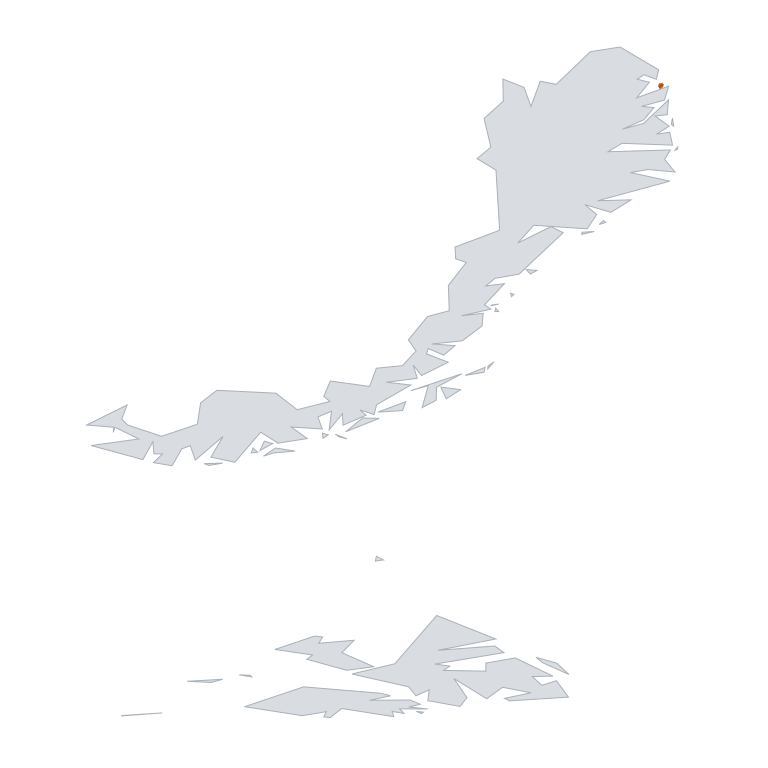 Bokn nor, Rogaland, Norway (highlighted), rotated 179°
{"feature_id": "86288312B12151058165586", "entity_name": "Bokn nor", "entity_type": "district", "adm_level": 2, "iso_a3": "NOR", "parent_name": "Norway", "parent_adm1": "Rogaland", "projection": "robinson", "projection_center": [5.436, 59.216], "detail": "fine", "context": "in_parent", "style": "filled", "palette": "amber", "viewbox_px": 768, "rotation_deg": 179, "n_neighbors": 0, "source": "geoboundaries", "source_scale": "gbopen_adm2", "svg_char_len": 5599}
<svg xmlns="http://www.w3.org/2000/svg" viewBox="0 0 768 768"><g transform="rotate(179 384 384)"><path d="M471.2,359.8L438.4,367.5L444.4,372.8L437.6,387.9L398.4,381.8L391.4,399.9L365.3,402.0L351.4,416.4L358.9,427.7L339.3,450.7L317.5,456.1L317.9,481.5L299.6,504.1L310.1,507.9L310.6,519.7L265.7,535.7L268.3,595.9L287.0,607.7L273.0,618.9L279.3,647.7L259.8,664.7L259.8,686.8L238.9,678.2L232.2,658.9L222.5,684.0L206.6,680.6L171.8,712.7L142.1,716.8L104.0,693.4L106.4,683.9L118.8,688.7L125.5,684.3L113.4,681.1L126.4,665.7L94.2,676.8L98.6,663.0L121.6,657.1L109.3,655.7L119.6,643.6L141.0,634.7L119.9,640.0L94.6,663.1L96.1,648.3L108.3,647.2L94.4,636.8L107.2,629.0L93.9,630.7L91.3,617.8L141.9,620.5L155.9,612.3L93.7,613.0L99.5,603.5L89.4,590.9L116.3,593.8L133.9,591.1L94.7,581.8L167.1,563.5L133.8,563.8L154.1,551.7L180.0,559.8L168.4,549.7L178.2,535.6L231.5,540.1L247.7,522.7L214.3,538.4L202.2,532.2L247.0,491.5L271.2,487.7L280.5,480.3L261.9,482.2L282.1,461.4L275.9,457.0L305.1,450.9L283.6,453.0L284.9,440.4L305.0,425.8L335.4,423.2L312.4,421.1L323.8,411.8L339.2,418.7L341.0,413.4L319.5,404.6L346.4,391.8L354.4,402.4L350.7,389.1L381.5,385.7L357.2,382.5L391.8,363.4L394.4,353.7L408.6,358.5L402.4,353.1L425.7,343.5L426.0,355.1L439.6,339.2L437.0,357.7L450.7,352.2L446.5,340.1L477.5,342.6L461.7,330.8L491.0,326.7L508.1,338.0L534.5,308.4L558.3,313.9L545.8,334.4L574.0,311.2L578.8,325.7L587.3,322.7L597.3,306.0L615.9,309.4L606.7,317.9L615.2,318.2L616.1,330.3L626.4,312.6L678.0,327.6L630.1,333.3L653.4,345.3L682.0,348.2L641.2,367.5L646.9,353.6L641.3,347.6L607.3,335.6L571.3,347.0L567.7,368.4L551.2,380.6L492.3,376.7L471.2,359.8ZM313.6,60.3L345.7,66.6L344.1,77.5L357.6,71.7L364.6,80.8L421.1,94.6L378.0,104.1L335.3,151.6L276.7,127.1L334.8,116.8L277.8,120.1L268.8,113.3L338.0,103.1L323.1,100.8L329.3,96.6L287.1,95.1L287.0,103.2L257.5,107.8L220.2,89.0L240.8,88.9L231.6,80.0L216.7,84.3L205.1,67.7L264.1,65.0L268.9,67.6L242.4,72.7L270.8,78.7L286.8,67.5L319.3,88.3L306.5,69.0L313.6,60.3ZM380.0,51.2L432.0,60.3L443.7,51.3L450.0,52.3L447.4,57.4L471.5,53.8L529.1,63.8L469.6,82.6L392.3,74.8L382.9,72.1L404.0,68.0L363.4,67.6L353.4,63.2L364.8,60.6L346.0,58.3L374.0,58.9L369.8,54.3L381.5,56.5L380.0,51.2ZM426.3,98.4L465.9,110.1L460.1,114.3L497.7,120.5L457.7,133.2L449.8,132.1L453.8,125.9L418.4,128.3L430.8,116.1L399.2,101.5L426.3,98.4ZM339.8,381.6L357.5,376.8L306.0,392.9L331.6,379.9L332.1,366.8L346.3,359.7L339.8,381.6ZM366.0,357.1L390.4,356.0L362.5,366.0L366.0,357.1ZM389.4,349.7L423.1,336.9L406.0,350.4L389.4,349.7ZM204.1,90.3L230.4,102.6L236.7,108.0L216.2,101.9L204.1,90.3ZM322.0,368.1L327.2,379.9L307.5,377.0L322.0,368.1ZM505.8,314.0L493.5,321.9L474.1,318.5L495.6,317.0L505.8,314.0ZM509.2,319.7L504.7,328.9L496.3,326.4L509.2,319.7ZM283.9,393.9L302.7,391.2L282.6,398.9L283.9,393.9ZM651.3,57.1L611.5,59.0L652.6,56.7L651.3,57.1ZM561.9,88.6L586.1,90.2L550.4,91.6L561.9,88.6ZM546.6,307.7L560.3,305.6L565.2,307.5L546.6,307.7ZM518.0,317.3L516.0,322.3L511.6,318.0L518.0,317.3ZM445.9,330.8L446.4,335.9L440.7,334.1L445.9,330.8ZM395.7,207.1L394.6,211.9L387.6,208.1L395.7,207.1ZM533.9,95.7L522.7,95.1L521.3,93.4L533.9,95.7ZM235.8,491.4L239.8,495.9L229.2,494.9L235.8,491.4ZM421.9,329.8L429.2,331.7L433.6,334.6L421.9,329.8ZM352.4,53.8L357.4,56.1L350.2,55.2L352.4,53.8ZM183.3,532.3L171.2,532.8L183.8,530.1L183.3,532.3ZM166.1,539.8L161.7,543.6L159.6,541.6L166.1,539.8ZM279.7,400.1L273.6,404.3L280.0,397.3L279.7,400.1ZM92.2,638.6L90.9,644.8L89.9,636.8L92.2,638.6ZM271.0,457.9L268.1,454.4L271.9,454.6L271.0,457.9ZM655.6,340.4L654.9,344.6L654.2,343.9L655.6,340.4ZM274.6,461.2L267.8,461.9L276.0,460.3L274.6,461.2ZM255.0,469.1L255.9,472.5L252.5,471.4L255.0,469.1ZM88.9,612.6L86.0,616.4L86.7,613.3L88.9,612.6Z" fill="#d9dde1" stroke="#a8b0b8" stroke-width="1"/><path d="M100.7,676.2L100.6,676.4L100.6,676.5L100.8,676.4L100.8,676.5L100.6,676.6L100.4,676.7L100.4,676.8L100.5,677.0L100.4,677.1L100.4,677.3L100.3,677.5L100.5,677.8L100.6,677.7L100.7,677.8L100.8,677.8L100.7,677.9L100.8,678.0L100.7,678.0L100.8,678.0L101.0,678.1L101.3,678.3L101.5,678.3L101.7,678.5L101.8,678.5L102.0,678.7L102.0,678.8L102.0,678.7L101.7,678.8L101.8,678.8L101.7,678.8L101.7,679.0L101.8,679.0L101.7,678.9L101.8,678.9L102.0,678.9L102.0,679.0L102.3,679.0L102.2,678.9L102.3,678.9L102.4,678.7L102.5,678.4L102.4,678.3L102.4,678.2L102.5,678.2L102.4,678.2L102.5,678.2L102.5,678.3L102.6,678.2L102.6,678.3L102.7,678.2L102.8,678.2L102.8,677.9L102.7,677.9L102.6,677.7L102.8,677.7L102.7,677.7L102.8,677.7L102.7,677.6L102.6,677.4L102.5,677.2L102.4,677.1L102.5,677.1L102.4,677.0L102.4,676.9L102.1,676.7L101.9,676.6L101.7,676.5L101.6,676.4L101.4,676.3L101.4,676.2L101.2,676.3L101.0,676.2L100.9,676.2L100.7,676.2ZM102.2,675.9L102.1,676.0L102.3,676.1L102.4,676.3L102.4,676.5L102.5,676.6L102.5,676.8L102.7,677.0L102.8,677.2L103.0,677.3L103.2,677.2L103.3,677.2L103.4,677.3L103.4,677.2L103.6,677.2L103.5,676.9L103.4,676.9L103.5,676.8L103.6,676.7L103.3,676.6L103.2,676.5L103.1,676.4L102.9,676.2L102.7,676.1L102.5,675.9L102.4,676.0L102.4,675.9L102.2,676.0L102.2,675.9L102.2,675.9ZM100.5,678.0L100.4,677.9L100.4,678.0L100.4,678.3L100.5,678.3L100.4,678.4L100.5,678.4L100.4,678.4L100.4,678.5L100.5,678.6L100.5,678.8L100.7,679.0L100.8,679.1L101.0,679.0L101.1,678.9L101.1,679.0L101.2,678.9L101.0,678.7L100.9,678.7L100.7,678.5L100.8,678.5L100.7,678.5L100.7,678.4L100.7,678.5L100.8,678.5L101.0,678.5L101.3,678.5L101.3,678.4L101.2,678.3L101.1,678.2L100.8,678.0L100.6,678.0L100.5,678.0ZM102.6,675.3L102.5,675.5L102.7,675.9L102.9,675.9L103.0,675.9L103.1,675.7L102.9,675.4L103.1,675.4L103.1,675.5L103.1,675.4L102.9,675.3L102.7,675.4L102.6,675.3Z" fill="#f59e0b" stroke="#b45309" stroke-width="1.5"/></g></svg>